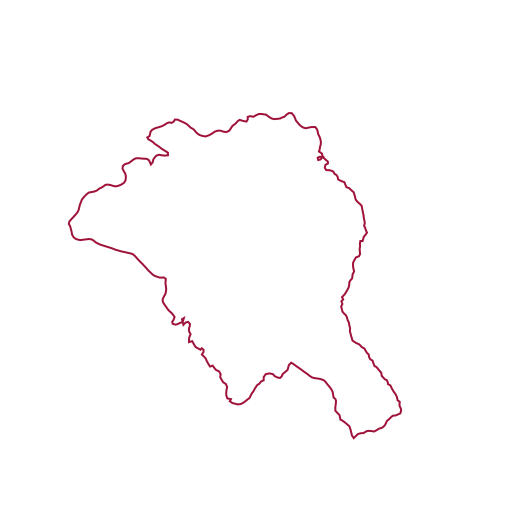 Jequitaí, Minas Gerais, Brazil (Mercator projection), rotated 109°
{"feature_id": "56859067B67502513716285", "entity_name": "Jequitaí", "entity_type": "district", "adm_level": 2, "iso_a3": "BRA", "parent_name": "Brazil", "parent_adm1": "Minas Gerais", "projection": "mercator", "projection_center": [-44.461, -17.201], "detail": "fine", "context": "isolated", "style": "outline", "palette": "rose", "viewbox_px": 512, "rotation_deg": 109, "n_neighbors": 0, "source": "geoboundaries", "source_scale": "gbopen_adm2", "svg_char_len": 5687}
<svg xmlns="http://www.w3.org/2000/svg" viewBox="0 0 512 512"><g transform="rotate(109 256 256)"><path d="M357.8,68.3L355.2,68.4L353.2,69.3L350.8,71.6L347.0,72.7L346.3,75.2L343.5,76.8L341.2,79.1L339.3,81.8L337.1,84.4L334.6,86.8L334.2,89.4L332.3,90.5L330.8,91.9L330.6,94.0L329.6,95.9L328.4,98.1L325.7,99.5L323.4,103.3L321.8,105.8L321.4,108.2L319.4,109.9L317.0,111.7L316.4,114.4L314.6,116.3L312.5,117.3L311.5,119.5L309.9,121.5L308.2,123.3L307.7,126.3L306.0,129.4L305.6,133.3L304.6,137.2L301.9,139.1L299.3,140.9L296.4,142.8L293.7,143.5L291.8,144.8L288.7,146.5L286.9,148.4L284.5,150.0L282.7,151.7L281.6,154.3L280.4,156.2L278.4,157.5L276.1,159.0L273.2,158.7L271.0,160.5L268.7,159.4L266.9,161.3L265.0,160.4L262.8,159.5L260.4,159.0L258.4,158.6L255.8,158.2L253.2,158.4L250.5,159.2L248.4,158.9L245.9,157.8L241.8,158.7L238.7,158.2L236.5,159.6L233.9,161.0L230.8,162.0L228.0,161.7L224.7,161.0L222.8,158.6L220.3,158.2L218.2,159.2L215.3,160.4L213.0,160.7L210.4,161.8L207.8,162.2L207.2,160.1L205.1,160.2L202.5,160.3L200.5,159.4L197.7,158.7L195.9,160.5L193.9,161.9L192.1,163.7L190.1,163.7L188.1,164.5L184.8,166.5L182.6,167.5L180.5,168.8L177.4,170.6L174.2,172.4L173.0,174.6L171.8,177.6L170.2,180.1L167.1,182.1L163.9,184.4L162.9,187.0L161.5,190.0L161.5,192.9L159.5,194.7L157.4,196.5L157.4,199.6L156.9,203.2L154.6,204.6L153.2,206.3L152.8,208.4L151.0,210.5L150.8,212.8L151.1,215.1L151.9,217.5L150.2,219.7L147.1,220.0L145.2,218.1L143.3,218.8L142.2,221.7L140.6,225.2L137.7,227.0L136.7,230.5L134.6,230.5L131.7,231.0L129.3,231.1L126.7,231.9L123.8,233.7L122.0,235.3L120.4,237.0L118.3,238.1L116.4,239.5L114.8,241.9L116.1,245.8L117.8,248.5L119.1,250.7L119.1,253.9L118.1,256.9L116.3,260.1L114.8,262.5L113.0,263.9L111.1,265.8L109.3,268.7L110.2,271.5L112.6,273.3L115.0,274.4L116.6,276.5L118.1,277.9L119.4,280.5L120.6,283.2L120.9,285.7L120.3,288.8L119.1,292.4L119.8,296.4L120.7,299.4L122.5,301.4L125.2,303.8L125.7,307.2L127.2,309.1L129.6,308.3L132.0,308.8L132.5,312.1L132.6,315.8L134.6,317.3L137.4,318.4L139.4,319.8L141.2,320.8L143.4,321.3L146.3,322.1L148.5,324.4L149.1,327.6L149.0,330.4L150.1,333.2L152.0,335.6L154.3,337.2L156.9,339.5L159.4,342.6L159.9,345.8L160.0,348.6L159.4,351.0L158.4,353.1L156.6,356.1L155.8,359.9L154.8,361.9L153.7,364.8L153.2,368.4L152.9,371.7L152.6,374.5L153.4,377.1L156.0,377.7L157.6,379.2L158.0,381.7L159.5,383.5L161.8,385.2L164.2,387.6L166.0,390.1L167.9,392.8L170.4,395.2L172.9,396.2L174.9,395.9L177.2,395.7L179.3,397.4L180.7,395.7L181.2,392.9L181.9,390.4L182.9,388.3L183.5,386.0L184.0,383.9L185.1,380.8L185.9,377.9L186.2,375.9L187.0,372.9L189.4,372.0L190.6,374.5L191.4,377.4L191.9,380.8L193.6,382.9L195.7,383.8L197.9,384.5L201.0,384.2L203.7,385.2L201.4,387.2L200.0,389.0L199.8,391.4L200.5,393.7L201.1,395.9L201.7,398.6L202.8,401.5L204.6,403.2L206.6,404.5L209.6,406.6L211.7,409.7L214.1,411.2L216.8,410.7L219.2,408.2L220.9,406.2L223.5,404.8L226.9,404.0L229.4,404.5L231.2,405.7L232.8,407.1L234.8,409.5L236.0,411.7L236.2,413.9L236.3,416.6L236.6,419.0L237.7,421.5L239.8,422.9L241.4,424.2L243.3,426.1L245.9,427.8L247.8,430.0L249.1,432.4L250.5,434.8L253.2,436.5L256.2,437.9L259.3,439.0L262.3,439.1L264.9,439.2L267.2,439.0L270.4,438.7L272.7,439.0L274.9,439.8L278.1,441.1L281.4,442.6L284.1,443.7L286.6,443.4L288.4,441.4L290.5,440.0L292.7,438.5L295.6,436.9L297.6,434.6L298.5,432.1L298.5,429.5L298.0,426.8L296.8,424.6L295.8,422.5L294.4,419.6L293.8,416.8L294.3,414.5L295.4,411.6L295.9,407.8L295.9,403.9L295.8,401.1L295.7,398.1L295.6,395.1L295.7,392.9L295.8,390.4L295.6,387.5L295.4,384.0L295.0,381.2L294.8,378.5L294.4,375.7L294.4,372.9L295.6,370.1L297.2,367.3L298.6,364.6L299.7,362.5L300.7,360.3L301.8,358.4L303.1,355.9L304.8,352.9L306.3,349.6L307.4,347.1L307.8,345.0L307.8,342.7L307.8,340.5L307.2,338.2L306.3,336.2L307.0,333.8L311.1,332.8L314.0,331.3L316.4,330.2L318.6,329.6L321.3,329.3L323.9,329.8L327.2,330.2L329.8,329.1L331.6,326.9L333.3,324.5L335.2,321.9L336.4,319.7L337.3,317.4L338.4,315.5L340.2,313.1L343.3,313.2L345.5,313.8L347.2,312.7L347.2,310.1L346.2,308.2L344.2,306.3L342.3,303.8L344.7,302.2L341.8,300.9L340.4,298.7L341.8,296.2L344.1,295.8L346.3,295.8L349.1,294.7L351.2,292.4L353.7,292.6L355.9,292.4L359.2,291.3L357.3,288.6L359.9,285.7L361.8,283.4L362.2,280.6L362.7,278.0L360.9,277.3L361.8,275.0L363.9,274.4L366.8,275.1L368.0,272.5L369.3,270.2L371.6,268.1L373.6,265.8L375.5,263.5L373.8,261.3L375.5,258.8L376.8,256.6L377.1,253.4L379.2,251.0L382.2,250.4L384.1,248.3L386.1,245.9L386.8,242.9L389.1,240.7L392.7,240.2L395.1,239.6L397.5,238.7L400.0,236.7L399.5,233.1L401.8,233.5L402.7,230.5L402.5,227.8L402.3,225.1L401.3,222.9L399.9,221.1L397.3,219.1L394.7,217.5L392.4,215.9L389.7,215.6L387.3,215.2L384.4,214.3L381.6,213.9L379.7,213.4L377.6,212.8L375.7,211.3L372.9,210.3L371.1,208.3L367.9,209.3L364.5,208.3L362.6,205.0L362.2,201.5L363.5,199.3L363.9,196.0L363.5,193.6L361.5,192.5L358.9,192.3L355.9,190.5L353.5,189.1L351.2,189.2L348.4,189.4L345.4,188.0L346.1,185.0L347.0,182.1L348.0,178.6L348.7,176.1L349.8,172.8L350.8,169.2L351.8,166.5L352.6,163.3L352.3,160.3L351.8,158.1L351.3,154.6L351.5,150.9L352.9,148.5L354.6,145.9L356.1,143.3L357.6,141.3L359.4,139.4L362.3,137.8L364.5,136.6L365.4,134.4L367.0,133.1L369.9,132.4L373.3,131.7L376.5,130.6L378.0,127.7L379.2,125.3L381.0,124.2L383.2,122.9L383.5,120.8L384.2,118.4L385.3,115.5L386.6,112.3L389.1,110.3L392.0,108.4L394.4,106.9L396.4,104.3L393.8,103.0L391.1,101.6L389.4,99.1L388.4,96.6L385.9,94.7L384.6,92.5L383.9,89.7L383.5,87.2L381.5,85.3L379.1,83.4L377.8,81.4L376.0,79.9L373.7,79.0L371.6,78.7L369.3,78.5L367.1,77.1L365.0,76.1L362.5,74.7L361.2,71.9L359.4,70.0L357.8,68.3ZM140.6,225.2L143.8,226.5L145.0,228.4L143.0,229.7L141.5,228.2L140.6,225.2ZM342.3,303.8L339.9,305.4L338.2,304.0L342.3,303.8Z" fill="none" stroke="#9f1239" stroke-width="2"/></g></svg>